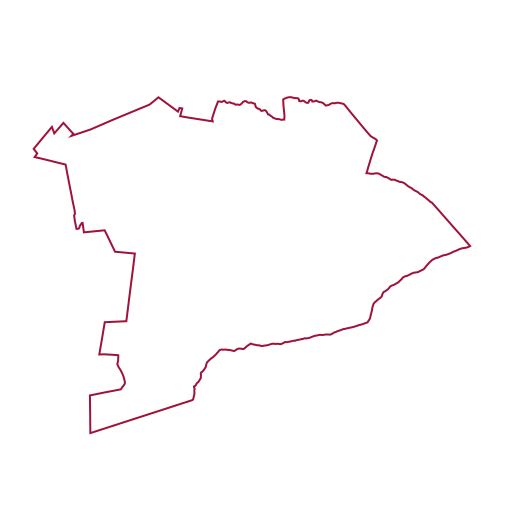 Endebess, Rift Valley, Kenya (Albers equal-area conic projection), rotated 176°
{"feature_id": "3690345B22392033475621", "entity_name": "Endebess", "entity_type": "district", "adm_level": 2, "iso_a3": "KEN", "parent_name": "Kenya", "parent_adm1": "Rift Valley", "projection": "albers", "projection_center": [34.736, 1.146], "detail": "fine", "context": "isolated", "style": "outline", "palette": "rose", "viewbox_px": 512, "rotation_deg": 176, "n_neighbors": 0, "source": "geoboundaries", "source_scale": "gbopen_adm2", "svg_char_len": 5968}
<svg xmlns="http://www.w3.org/2000/svg" viewBox="0 0 512 512"><g transform="rotate(176 256 256)"><path d="M431.4,128.5L432.7,105.8L432.9,102.5L433.1,99.7L433.6,90.9L429.8,91.8L428.7,92.1L420.7,94.1L344.9,112.9L329.5,116.7L328.7,117.4L327.9,119.9L327.7,120.9L327.1,122.0L326.9,125.8L326.7,127.0L326.5,128.1L326.9,128.9L327.0,130.2L325.8,130.6L324.6,131.9L324.3,132.8L323.6,133.5L322.4,134.2L319.6,138.0L319.2,141.6L319.3,142.8L318.8,143.7L317.7,144.3L315.8,146.2L313.8,148.9L313.1,151.5L312.6,152.6L312.1,153.6L311.2,154.2L310.3,155.0L309.3,155.9L308.4,156.5L307.5,157.2L306.7,157.6L305.5,158.4L302.4,161.0L301.8,161.8L300.9,162.5L300.2,163.3L299.6,164.0L298.6,164.8L297.0,165.1L295.8,164.9L294.5,164.8L293.4,164.8L291.9,164.6L290.9,164.3L289.7,164.2L288.6,164.0L284.4,162.7L283.0,163.4L282.1,164.0L281.2,164.4L280.0,164.8L278.5,164.8L275.0,164.0L272.1,166.0L271.1,166.9L269.9,167.5L268.7,168.2L267.7,168.9L266.8,168.9L265.8,168.2L264.1,167.8L262.6,167.4L261.1,166.9L259.8,166.7L258.6,166.6L257.6,166.0L256.7,165.8L250.9,166.2L249.4,166.5L248.1,166.9L247.1,167.1L246.2,167.2L244.8,167.4L243.5,167.0L242.0,166.9L241.0,167.0L239.4,166.7L237.4,166.3L234.2,167.5L233.4,168.1L232.2,168.0L230.3,167.9L229.3,168.1L225.5,168.7L224.1,168.9L223.0,168.7L222.0,169.1L220.5,169.3L214.5,170.1L213.4,170.5L212.5,170.5L211.5,170.2L208.7,170.6L207.7,170.8L206.0,171.4L204.7,171.8L203.4,172.1L202.3,172.4L201.1,172.4L199.2,172.7L198.1,172.9L197.0,172.8L195.5,172.6L194.4,172.6L193.0,172.7L192.0,172.8L191.0,172.8L189.5,172.6L187.2,172.4L184.6,173.5L183.7,174.1L182.7,174.4L181.7,174.6L180.7,175.0L179.8,175.4L178.7,175.7L177.3,175.9L176.3,176.3L175.3,176.6L173.8,177.0L172.3,177.1L171.2,177.3L170.1,177.5L164.5,178.3L162.6,178.7L161.3,179.0L159.3,179.5L157.6,180.0L156.6,180.1L155.5,180.3L149.4,182.0L146.6,185.8L146.3,186.9L145.8,188.6L145.4,189.8L144.2,193.4L143.7,195.4L143.5,196.5L143.1,197.5L142.7,198.7L142.2,199.7L141.8,200.4L141.1,201.2L140.3,201.8L138.7,203.0L137.9,203.7L136.7,204.5L133.8,206.3L133.1,207.6L132.6,209.1L132.1,209.9L131.2,211.2L129.6,211.8L126.7,213.6L125.2,215.1L124.6,215.9L123.9,216.5L122.6,217.0L121.3,217.4L120.2,217.7L115.9,219.8L111.8,223.3L111.1,224.2L110.3,224.7L109.2,225.1L108.0,225.5L106.5,225.7L102.8,227.2L101.7,227.7L100.6,228.1L99.3,228.4L98.2,228.4L95.7,228.6L89.7,231.1L88.9,231.8L85.3,235.7L84.4,236.4L83.5,237.4L82.5,238.3L81.7,238.8L80.6,239.7L79.5,240.3L78.6,240.7L77.5,241.1L76.1,241.6L74.9,241.6L70.7,243.1L69.6,243.4L68.6,243.7L67.6,243.7L66.4,243.9L65.2,244.2L62.1,245.1L60.7,245.6L59.1,246.4L57.8,246.8L56.9,247.0L54.7,247.8L53.0,248.5L51.3,249.0L49.8,249.3L45.3,249.7L42.5,250.6L41.7,251.0L49.5,261.3L59.1,273.8L60.5,275.7L67.1,284.3L70.1,288.3L72.1,290.9L76.9,297.1L77.8,297.4L78.9,298.5L80.2,299.9L81.2,300.8L83.6,303.1L84.6,303.9L85.5,305.0L86.9,305.6L88.1,306.5L89.4,307.7L90.1,308.5L91.5,309.3L92.6,310.0L93.6,310.6L94.5,311.3L95.5,312.3L96.2,313.0L97.1,313.5L97.9,313.9L98.9,314.6L100.4,315.9L101.8,317.3L103.0,318.3L104.3,319.1L105.8,319.6L107.3,319.9L108.3,320.2L109.0,320.8L110.4,321.3L111.7,322.0L112.8,322.5L114.3,322.6L115.7,322.5L116.8,323.3L117.8,324.0L118.7,324.6L119.6,325.1L120.4,325.7L121.6,325.8L122.8,326.2L124.4,327.4L125.4,328.0L126.2,328.6L127.5,329.5L129.0,330.0L130.5,330.1L132.0,330.1L133.2,329.8L134.3,329.9L135.8,330.0L137.5,330.5L140.0,330.9L139.5,332.0L138.3,335.5L135.8,342.1L133.5,348.1L131.9,352.0L131.4,353.0L130.6,354.8L130.1,356.1L128.7,359.3L127.9,361.4L127.2,362.8L128.4,364.2L132.1,366.7L133.4,367.7L139.3,375.6L144.2,382.5L149.9,390.4L153.3,395.2L156.1,399.3L157.1,400.6L158.0,401.6L159.8,402.2L161.0,402.5L162.0,402.8L163.0,403.1L164.1,403.2L165.5,403.1L166.9,402.8L168.5,403.2L170.3,402.9L171.8,402.2L173.0,401.6L174.3,401.4L175.8,401.2L177.3,402.6L177.8,403.4L178.6,404.0L179.6,404.5L180.7,404.9L181.7,405.1L182.6,405.4L183.7,405.9L184.9,406.8L186.5,406.4L187.9,406.1L189.1,406.2L189.3,407.2L190.1,407.9L191.1,407.9L192.0,407.4L192.6,406.2L193.1,405.3L194.0,405.1L194.9,405.4L195.9,406.0L196.9,406.9L197.8,407.5L199.0,407.7L200.6,407.1L202.2,407.7L202.2,409.1L202.8,410.1L203.7,410.6L205.2,410.7L206.3,410.9L207.6,411.2L208.6,411.5L209.7,411.9L210.9,412.1L212.5,412.0L214.0,411.8L215.6,411.3L216.9,410.8L218.0,410.2L218.1,404.1L217.8,393.9L218.3,390.1L219.6,390.2L220.9,390.0L222.3,390.5L223.6,391.0L225.3,391.1L226.7,391.5L228.0,392.1L229.2,392.6L230.3,393.9L231.4,394.6L232.2,395.4L232.9,396.1L234.1,396.4L235.3,399.1L235.9,400.1L236.9,400.8L237.9,400.8L240.2,400.3L241.1,400.9L241.8,402.0L242.9,402.5L244.3,403.3L245.5,404.3L246.0,405.2L246.1,406.1L246.5,408.0L247.8,408.4L248.8,408.8L249.9,409.5L251.1,409.4L252.1,409.3L253.3,409.6L254.3,410.4L255.2,411.2L256.2,411.3L258.1,410.7L259.9,408.9L261.0,408.1L262.2,407.9L263.7,408.4L265.0,408.4L266.1,408.4L267.0,409.4L268.5,409.8L270.3,410.5L271.3,411.2L272.7,411.0L273.9,410.7L275.1,411.2L275.8,412.1L276.8,413.1L277.8,412.8L278.8,412.2L280.1,412.2L281.5,412.7L283.1,412.8L286.3,406.0L288.8,399.8L290.3,395.9L289.8,393.3L316.4,399.4L321.9,400.8L319.3,408.3L321.9,409.0L323.8,405.5L342.2,421.1L351.7,414.4L362.9,410.7L387.3,402.5L389.7,401.7L412.4,393.7L431.8,388.7L429.7,390.7L432.0,393.4L437.0,399.9L438.8,402.2L448.7,392.4L450.6,399.0L458.0,391.3L470.3,378.4L467.1,373.6L469.9,370.1L463.5,368.2L455.1,365.5L446.8,362.8L439.6,360.5L439.2,357.7L438.6,352.0L437.9,346.5L437.2,340.6L436.5,335.1L435.8,329.6L435.2,324.3L434.4,318.6L433.7,313.2L433.7,310.5L434.6,309.2L434.3,304.0L433.2,295.6L432.2,295.5L430.8,295.8L430.2,296.7L429.9,297.6L429.5,298.6L428.6,299.5L427.6,301.0L426.7,301.1L426.0,291.6L405.2,292.2L404.2,289.8L403.3,287.6L396.3,270.1L376.7,266.9L379.4,252.9L383.4,233.1L389.9,200.0L411.5,200.5L415.1,185.4L419.2,168.7L416.2,168.6L414.1,168.5L408.0,167.7L406.7,167.6L400.3,166.6L400.4,165.2L400.8,161.7L401.2,159.9L401.9,157.8L400.7,154.5L399.0,151.5L397.4,147.6L396.6,145.0L395.8,141.3L395.6,139.4L395.8,137.8L397.3,135.7L398.5,134.6L400.1,132.4L416.1,130.5L431.4,128.5Z" fill="none" stroke="#9f1239" stroke-width="2"/></g></svg>